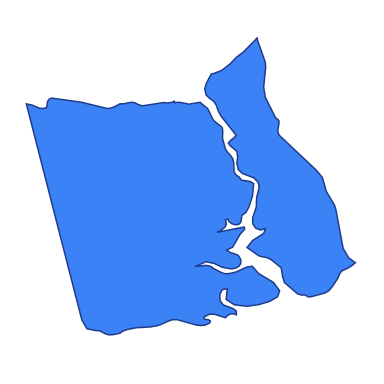 Ziguinchor, Natural Earth projection, rotated 255°
{"feature_id": "SEN-775", "entity_name": "Ziguinchor", "entity_type": "Region", "adm_level": 1, "iso_a3": "SEN", "parent_name": "Senegal", "parent_adm1": "", "projection": "natural_earth1", "projection_center": [-16.415, 12.748], "detail": "fine", "context": "isolated", "style": "filled", "palette": "blue", "viewbox_px": 384, "rotation_deg": 255, "n_neighbors": 0, "source": "natural_earth", "source_scale": "10m", "svg_char_len": 2898}
<svg xmlns="http://www.w3.org/2000/svg" viewBox="0 0 384 384"><g transform="rotate(255 192 192)"><path d="M97.2,52.5L109.7,52.6L157.0,53.1L200.6,53.5L264.2,54.2L301.6,54.6L320.0,54.8L317.3,60.1L312.4,66.4L311.0,70.4L311.3,73.2L313.2,74.4L315.3,75.2L317.2,76.2L318.9,78.6L318.9,81.1L307.3,108.5L294.4,132.1L294.1,136.0L294.5,139.5L295.8,145.2L294.9,148.7L294.5,155.6L294.0,157.8L293.2,159.6L290.2,163.0L288.7,165.2L288.0,167.2L285.7,188.0L284.4,191.0L283.8,195.7L284.3,198.5L282.5,198.5L282.5,201.0L282.1,202.4L279.0,209.3L277.7,211.4L276.6,222.9L268.6,228.7L256.8,231.0L253.8,232.5L247.9,237.0L246.1,237.9L243.1,237.5L236.1,235.4L225.3,235.4L222.1,236.3L216.6,239.0L213.5,240.0L210.0,240.0L200.8,237.9L197.6,238.6L193.6,241.8L191.0,242.5L190.1,244.0L188.6,247.7L186.7,251.5L184.1,253.7L172.3,249.3L162.8,243.1L158.3,238.8L156.5,234.3L155.3,233.6L152.7,232.6L150.0,231.1L148.6,228.7L149.1,225.4L150.9,222.4L153.6,220.3L156.5,219.6L156.5,217.1L152.0,216.9L149.2,214.4L147.6,210.3L146.6,205.6L144.7,233.3L142.5,233.3L138.7,227.5L128.2,217.0L126.9,210.4L123.5,213.5L121.3,217.2L118.7,220.3L114.1,221.6L110.7,220.8L108.3,218.5L107.2,215.0L107.4,210.4L111.5,201.6L117.2,195.1L121.0,187.4L119.2,175.6L117.9,184.7L117.2,187.3L115.7,190.2L114.4,191.7L113.0,192.6L107.3,198.7L104.8,202.1L103.6,206.5L103.3,213.6L105.3,225.5L104.7,231.0L96.1,235.2L83.5,247.3L73.9,251.1L68.6,247.5L66.3,238.8L65.9,227.5L67.4,215.6L72.0,203.8L79.4,197.2L89.4,201.0L89.9,196.0L85.8,192.4L79.8,191.0L74.8,193.0L68.9,201.3L65.6,204.0L61.9,203.1L63.7,200.4L64.2,197.5L63.7,194.7L61.9,191.9L68.2,181.9L69.4,176.9L68.0,171.0L65.9,171.0L64.5,174.7L62.6,176.4L60.8,175.1L60.0,170.0L60.7,166.0L62.4,161.7L72.7,144.2L73.7,140.0L73.4,135.7L72.1,127.8L71.8,124.0L72.4,117.0L75.3,103.0L75.9,94.1L75.4,88.6L74.2,85.8L74.7,78.1L75.7,74.3L77.5,71.6L82.1,66.4L83.0,63.2L87.2,55.0L97.2,52.5ZM298.4,296.4L292.9,295.3L274.9,288.4L264.7,287.3L243.0,291.7L241.0,292.6L239.8,293.7L238.4,294.4L236.1,293.9L229.9,291.1L226.8,290.4L223.8,291.2L203.9,303.5L180.9,317.7L172.2,321.7L157.7,321.9L142.7,326.2L137.4,326.4L98.5,323.4L87.9,326.3L81.4,331.5L79.5,327.3L78.1,322.9L76.9,316.0L75.0,313.7L70.7,310.3L64.1,302.9L61.2,298.5L60.0,294.2L60.0,280.3L60.6,277.2L63.4,274.3L64.1,271.2L66.2,267.7L80.5,257.9L86.7,257.6L95.7,258.5L105.3,251.6L108.3,248.7L110.0,246.0L111.2,243.1L113.1,240.0L124.1,230.8L129.4,237.8L133.5,250.6L137.5,253.4L137.6,248.2L140.6,244.1L145.7,242.5L151.3,243.9L160.9,250.2L169.6,252.9L179.1,258.1L184.1,258.5L189.7,255.4L196.7,245.6L201.7,242.5L208.4,242.8L214.1,245.2L219.8,245.8L226.4,241.2L229.7,239.7L231.9,242.6L233.6,246.9L235.3,249.3L257.6,239.8L262.8,238.4L269.7,237.9L274.1,236.4L277.8,233.3L282.1,230.7L288.4,231.0L293.4,234.1L301.0,241.1L300.8,243.1L301.7,251.9L305.8,261.8L311.0,270.5L313.8,277.7L322.7,292.8L324.0,294.7L324.0,294.8L321.2,294.6L298.4,296.4Z" fill="#3b82f6" stroke="#1e3a8a" stroke-width="1.5"/></g></svg>